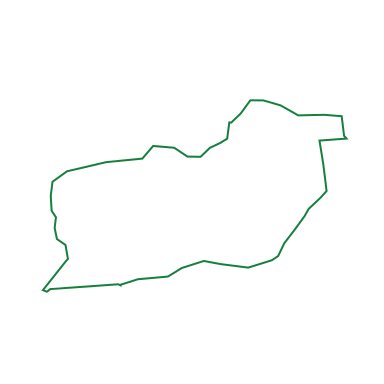 outline of Grums, Värmland, Sweden, rotated 83°
{"feature_id": "70781695B11595834980673", "entity_name": "Grums", "entity_type": "district", "adm_level": 2, "iso_a3": "SWE", "parent_name": "Sweden", "parent_adm1": "Värmland", "projection": "orthographic", "projection_center": [13.042, 59.403], "detail": "fine", "context": "isolated", "style": "outline", "palette": "green", "viewbox_px": 384, "rotation_deg": 83, "n_neighbors": 0, "source": "geoboundaries", "source_scale": "gbopen_adm2", "svg_char_len": 788}
<svg xmlns="http://www.w3.org/2000/svg" viewBox="0 0 384 384"><g transform="rotate(83 192 192)"><path d="M127.5,146.5L143.4,150.6L146.9,158.4L150.3,168.8L158.1,179.2L156.3,192.2L145.9,204.3L141.6,225.0L152.8,237.2L151.9,273.6L156.2,313.5L164.8,329.2L178.8,332.7L193.5,333.6L200.5,330.1L210.9,332.7L222.2,331.8L229.2,324.0L243.3,323.3L245.9,326.2L271.2,351.9L273.3,348.2L271.1,344.5L274.6,276.5L275.9,274.4L275.4,274.4L272.0,256.4L273.0,226.2L266.2,211.4L261.9,188.7L267.1,172.2L273.9,145.4L269.5,121.2L266.1,114.3L254.0,106.6L242.7,95.4L229.8,83.3L222.9,78.2L213.4,65.2L207.4,58.3L180.6,58.3L156.5,59.2L157.8,32.1L154.8,34.2L135.0,34.2L131.5,51.4L128.9,77.2L116.8,93.6L109.8,110.0L108.1,122.9L120.1,134.2L127.9,144.6L127.5,146.5Z" fill="none" stroke="#15803d" stroke-width="2"/></g></svg>